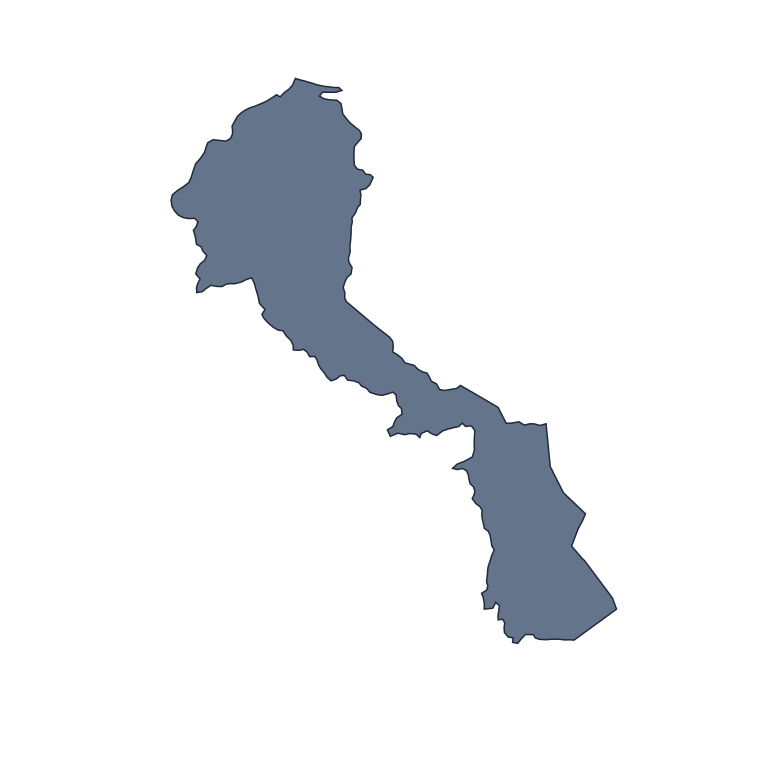 Nilo Peçanha, Bahia, Brazil (Robinson projection), rotated 244°
{"feature_id": "56859067B55520695908200", "entity_name": "Nilo Peçanha", "entity_type": "district", "adm_level": 2, "iso_a3": "BRA", "parent_name": "Brazil", "parent_adm1": "Bahia", "projection": "robinson", "projection_center": [-39.172, -13.65], "detail": "fine", "context": "isolated", "style": "filled", "palette": "slate", "viewbox_px": 768, "rotation_deg": 244, "n_neighbors": 0, "source": "geoboundaries", "source_scale": "gbopen_adm2", "svg_char_len": 3874}
<svg xmlns="http://www.w3.org/2000/svg" viewBox="0 0 768 768"><g transform="rotate(244 384 384)"><path d="M548.2,255.8L546.7,261.2L547.8,266.1L548.6,271.6L544.9,276.7L542.6,281.1L542.9,286.0L541.6,289.9L539.6,293.6L538.2,300.3L538.2,306.5L537.4,311.6L531.3,311.6L527.4,310.8L521.9,309.9L516.9,309.0L511.2,307.4L506.9,308.5L503.2,309.8L500.1,304.8L496.1,304.8L492.2,305.8L488.2,307.3L483.8,309.2L479.0,312.3L476.1,316.5L470.4,317.2L463.9,319.4L458.5,319.3L454.4,317.4L451.5,322.4L450.4,326.9L446.2,328.9L441.2,329.2L439.1,333.8L434.8,334.4L430.8,333.6L425.5,333.8L420.3,335.2L415.3,335.7L410.0,337.8L409.4,343.3L410.6,348.3L409.0,352.2L403.5,352.9L399.9,358.4L396.0,362.1L392.0,362.9L387.8,366.4L382.6,367.8L377.3,373.3L374.6,377.5L373.6,382.4L372.8,388.5L368.9,390.0L362.6,387.9L358.2,387.5L354.3,388.9L349.0,387.0L348.0,380.5L345.1,376.6L341.9,373.3L341.3,366.9L334.2,366.8L333.7,375.0L329.4,380.3L328.1,385.6L324.8,390.9L320.1,392.6L323.2,395.8L323.0,402.3L318.3,405.1L314.6,408.7L316.1,416.1L315.4,421.9L314.1,428.1L313.0,432.4L314.5,437.2L310.2,438.6L308.1,444.1L302.4,445.3L297.6,442.5L291.5,439.2L285.0,436.3L279.7,431.4L279.3,422.6L279.9,414.6L278.1,408.6L275.0,412.3L273.6,417.6L269.9,420.1L265.9,420.1L261.0,418.6L256.3,417.7L252.6,419.3L248.1,418.8L244.9,416.3L242.2,413.0L236.1,414.2L231.1,416.7L227.2,416.7L223.6,414.6L219.4,413.1L215.6,412.3L210.3,410.9L206.0,413.1L202.0,413.1L197.5,411.9L191.5,410.0L186.6,410.3L182.4,405.4L178.6,401.9L174.3,397.7L171.0,395.4L167.6,393.5L164.4,391.5L160.9,389.3L157.1,388.9L153.8,386.0L153.1,379.9L148.7,379.6L142.8,378.0L137.7,375.4L134.8,383.6L138.8,388.7L134.1,390.5L128.8,387.0L125.5,384.7L121.9,383.3L120.6,387.5L116.1,387.8L112.9,385.4L107.9,383.3L102.1,384.7L99.3,388.7L95.4,386.3L92.3,390.5L94.8,395.8L96.8,401.4L93.2,408.4L89.5,408.6L86.5,411.6L83.2,417.4L81.2,422.6L78.1,429.1L74.8,434.2L72.7,438.8L70.5,442.5L78.2,485.8L79.7,494.3L91.6,495.5L109.0,492.2L136.9,486.9L140.4,485.7L156.1,481.5L168.7,495.0L174.1,502.5L179.0,508.2L207.5,497.6L237.0,497.2L240.9,498.7L277.2,512.2L278.4,505.9L282.1,501.8L284.2,498.0L285.6,492.0L290.9,488.7L292.9,481.6L295.1,476.6L313.0,476.3L349.2,452.1L348.2,447.2L349.9,441.6L351.7,435.5L354.6,431.6L361.1,431.2L366.0,427.7L369.8,427.9L374.8,427.5L378.3,423.8L382.1,421.1L387.6,419.2L393.8,412.1L398.9,411.4L404.1,409.1L409.0,405.9L413.7,408.8L418.6,410.5L423.4,409.6L441.6,400.8L474.5,386.3L478.4,386.3L483.1,388.8L488.6,389.6L493.0,393.7L496.0,397.7L497.4,402.6L502.6,406.3L508.9,405.9L512.7,407.2L517.6,411.5L523.0,413.9L528.8,417.6L534.3,420.7L539.6,423.3L543.4,426.5L547.3,427.9L550.4,433.5L554.2,437.6L555.8,441.4L560.5,443.9L564.4,446.3L568.8,447.4L567.6,453.2L569.1,458.3L571.8,461.6L574.4,464.8L578.2,463.4L580.6,459.5L585.6,458.6L588.6,454.4L593.3,453.3L598.8,455.3L605.8,458.8L610.6,461.6L612.7,466.4L614.6,471.1L618.9,473.4L622.8,473.0L627.1,470.9L634.1,467.7L639.8,466.4L644.7,465.3L649.3,466.7L654.9,468.3L659.8,466.0L661.8,462.2L664.1,458.5L666.7,455.1L671.0,452.1L673.2,456.5L670.1,462.9L667.3,468.8L666.3,474.8L670.2,473.4L672.3,469.2L675.2,464.8L678.5,459.7L682.8,454.4L685.8,451.4L688.8,447.9L691.5,445.1L694.1,441.9L697.5,438.3L692.8,433.0L690.6,427.8L689.9,423.0L687.6,416.5L691.1,414.2L690.1,406.9L689.7,401.1L689.9,395.9L690.3,389.4L691.1,384.0L690.9,378.7L690.3,374.5L688.9,369.8L685.3,364.5L682.4,360.5L678.7,359.2L675.2,357.5L672.0,353.6L671.6,348.3L675.4,342.4L678.5,337.4L678.1,331.3L674.8,327.9L670.9,324.3L667.4,318.1L664.5,311.3L659.0,305.7L654.1,301.2L650.6,296.7L649.4,290.8L648.4,283.0L646.8,276.7L642.6,273.2L636.8,271.4L631.3,271.6L625.7,273.3L621.6,276.5L618.2,281.1L615.9,286.5L611.4,287.9L607.9,284.4L605.6,280.0L601.6,279.5L597.3,278.4L591.8,276.7L587.6,279.7L582.5,279.5L577.2,281.1L573.9,277.2L572.6,271.7L570.1,267.4L565.5,263.1L559.0,264.7L555.6,260.2L552.6,257.6L548.2,255.8Z" fill="#64748b" stroke="#1e293b" stroke-width="1.5"/></g></svg>